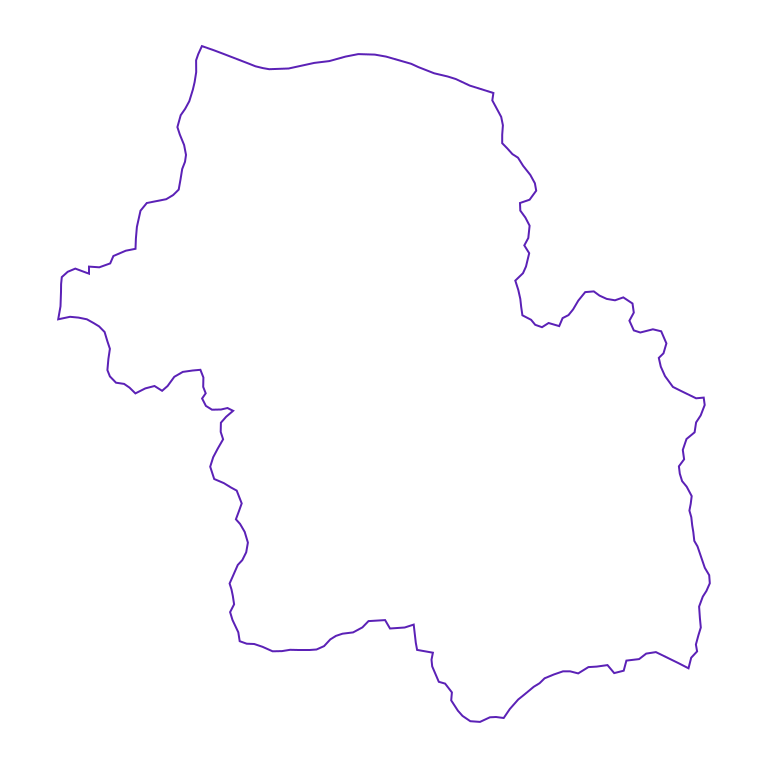 Cardoso, São Paulo, Brazil (Albers equal-area conic projection)
{"feature_id": "56859067B23507277566037", "entity_name": "Cardoso", "entity_type": "district", "adm_level": 2, "iso_a3": "BRA", "parent_name": "Brazil", "parent_adm1": "São Paulo", "projection": "albers", "projection_center": [-49.951, -20.067], "detail": "fine", "context": "isolated", "style": "outline", "palette": "violet", "viewbox_px": 768, "rotation_deg": 0, "n_neighbors": 0, "source": "geoboundaries", "source_scale": "gbopen_adm2", "svg_char_len": 3289}
<svg xmlns="http://www.w3.org/2000/svg" viewBox="0 0 768 768"><path d="M201.9,46.1L198.2,54.2L196.1,60.3L196.2,72.1L194.6,82.2L192.9,89.5L189.3,101.2L185.1,108.9L180.7,115.2L177.4,127.1L179.8,134.5L184.1,145.0L186.0,154.9L185.0,161.8L182.2,169.0L180.5,179.5L178.7,189.6L173.2,195.0L166.2,199.2L146.8,203.0L140.5,210.7L136.9,226.9L135.9,238.5L135.5,248.8L125.8,250.7L113.4,256.0L110.2,263.4L99.3,267.3L89.0,266.6L89.0,273.7L75.3,268.6L67.7,271.8L61.8,277.1L61.1,284.1L61.0,291.9L60.5,306.3L58.2,319.3L70.0,316.8L78.5,317.6L86.9,319.3L93.7,323.1L99.1,326.4L104.6,332.0L107.3,341.0L109.9,348.8L108.4,358.9L107.4,370.1L109.9,376.4L116.0,382.7L124.1,383.9L129.5,387.6L135.4,393.4L145.3,388.4L154.5,386.0L162.1,390.8L167.6,386.0L174.3,376.8L182.8,371.9L192.7,370.5L200.4,369.8L203.4,377.5L203.2,386.9L205.7,393.3L202.1,398.5L205.9,405.9L212.0,409.7L221.1,409.5L227.4,408.0L233.1,410.8L226.1,416.8L220.9,422.7L220.7,431.9L223.1,439.3L217.8,448.5L213.2,457.2L210.2,466.7L214.2,479.0L223.8,483.1L230.8,487.4L236.7,490.6L241.7,503.4L239.0,511.0L235.9,519.3L240.1,524.0L244.7,531.9L247.9,542.6L246.2,552.3L242.3,560.1L237.8,564.9L232.4,577.2L229.6,583.5L231.5,589.5L232.8,595.8L234.1,604.3L230.1,612.1L232.5,620.0L238.3,632.3L239.7,641.2L246.7,643.7L254.2,644.0L262.5,646.8L272.6,651.3L282.0,651.1L290.1,649.8L298.7,650.0L309.6,650.0L316.5,649.5L324.1,646.1L330.3,639.4L335.9,635.9L342.5,633.7L353.1,632.4L362.4,627.4L368.5,621.1L385.1,620.1L390.0,628.5L404.7,627.5L413.7,624.6L415.8,642.8L417.1,649.9L432.9,652.7L431.5,659.7L432.2,666.4L438.8,681.8L445.1,683.6L451.9,692.4L451.2,700.4L457.9,710.7L462.5,715.9L470.3,721.2L480.0,721.9L489.9,717.3L496.0,717.0L503.7,718.0L509.9,708.9L518.2,699.5L524.8,694.2L533.7,686.8L539.6,683.2L544.6,678.3L553.8,674.5L563.1,671.3L570.0,671.3L578.2,673.4L588.4,667.1L596.7,666.6L607.5,665.1L614.2,673.1L623.7,670.7L626.4,660.6L639.1,659.1L646.2,653.6L655.9,652.1L678.4,663.1L688.5,668.3L691.2,657.7L697.1,651.4L695.9,644.5L698.4,635.3L700.8,627.5L699.9,618.1L699.1,606.6L702.8,596.6L706.4,591.0L709.8,583.3L709.2,575.2L704.8,567.8L700.6,555.5L697.5,546.4L694.3,540.9L693.3,532.0L692.2,525.3L691.3,517.2L689.4,510.6L690.7,503.9L691.7,496.1L686.7,486.7L682.1,481.1L679.8,473.7L678.9,466.3L684.1,459.3L682.8,449.9L686.5,439.0L694.6,432.3L696.1,422.4L700.7,415.4L704.7,405.0L703.7,397.6L696.1,398.3L680.9,390.9L672.9,386.9L665.0,376.1L660.8,366.7L658.8,357.9L663.5,353.3L666.4,343.4L661.2,331.3L652.9,329.3L640.3,332.5L633.8,330.4L629.4,320.7L633.8,312.6L632.5,303.5L623.3,297.4L615.0,300.3L606.7,298.9L599.5,295.6L593.8,291.4L585.2,292.1L578.3,300.6L573.1,309.4L568.5,315.1L562.6,318.1L559.2,326.1L548.6,323.0L542.0,327.2L535.2,324.8L531.1,319.8L522.4,315.3L521.2,307.0L520.3,298.9L518.3,290.0L515.3,280.6L523.0,273.2L526.0,266.5L529.2,253.2L524.3,245.4L528.3,238.0L529.6,225.7L525.4,217.6L520.3,210.6L520.0,203.0L529.6,199.7L536.2,190.7L534.9,183.3L530.3,174.9L523.1,165.8L518.0,157.7L512.4,154.1L507.1,148.2L502.2,143.2L502.2,134.8L502.9,125.3L501.2,116.9L497.6,110.2L492.3,100.4L493.4,93.0L469.8,85.6L455.7,79.0L447.7,76.5L434.2,73.3L418.4,67.1L411.2,63.8L386.1,56.6L374.8,54.6L358.3,54.1L345.5,56.6L329.2,61.1L314.3,62.9L288.6,68.5L269.2,69.2L262.9,68.1L255.5,66.3L248.7,63.6L223.0,53.7L213.7,50.2L201.9,46.1Z" fill="none" stroke="#5b21b6" stroke-width="2"/></svg>